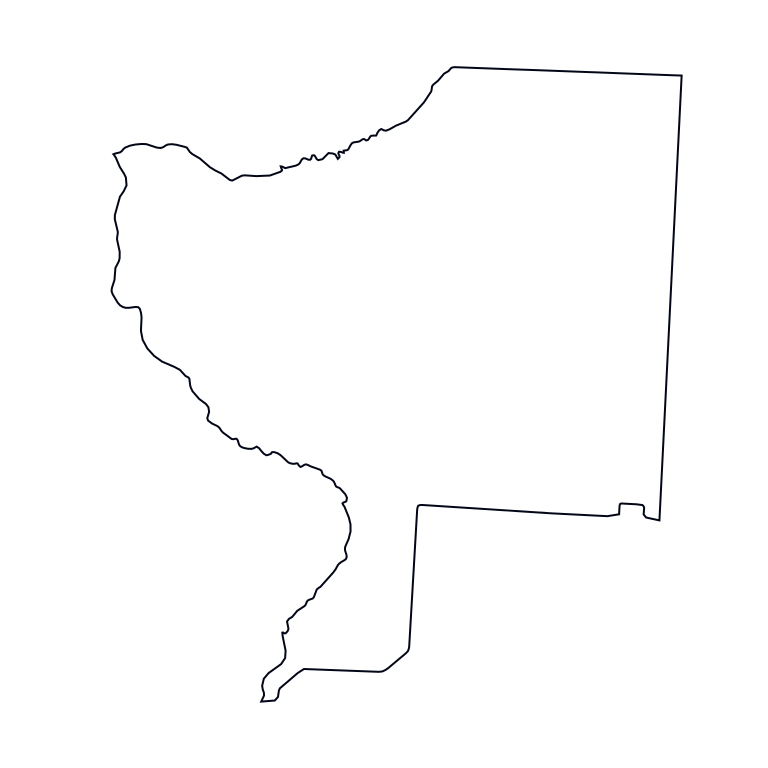 outline of Kgalagadi, rotated 93°
{"feature_id": "BWA-2625", "entity_name": "Kgalagadi", "entity_type": "District", "adm_level": 1, "iso_a3": "BWA", "parent_name": "Botswana", "parent_adm1": "", "projection": "orthographic", "projection_center": [21.995, -25.1], "detail": "fine", "context": "isolated", "style": "outline", "palette": "ink", "viewbox_px": 768, "rotation_deg": 93, "n_neighbors": 0, "source": "natural_earth", "source_scale": "10m", "svg_char_len": 3971}
<svg xmlns="http://www.w3.org/2000/svg" viewBox="0 0 768 768"><g transform="rotate(93 384 384)"><path d="M153.1,436.5L152.5,433.4L151.7,432.0L147.6,430.1L145.2,428.6L144.3,426.9L143.3,422.0L142.7,420.7L141.1,418.7L140.5,417.6L140.5,416.4L141.1,415.5L141.7,414.6L141.3,413.1L140.4,412.2L137.8,410.8L136.9,409.9L136.6,408.9L136.3,404.8L133.5,403.7L130.9,402.1L129.5,400.0L130.7,397.4L130.9,395.1L129.3,391.7L125.4,385.6L120.8,375.9L119.3,373.9L100.6,358.8L89.6,352.3L88.2,351.9L85.2,351.7L83.8,351.4L82.3,350.3L78.4,346.0L70.9,340.2L68.1,335.9L65.6,334.0L64.6,333.0L63.9,330.4L63.5,303.3L63.1,276.2L62.6,249.1L62.2,222.0L61.8,194.9L61.7,190.5L61.4,167.8L61.0,140.7L60.6,113.6L60.4,102.9L63.2,102.9L505.8,101.8L503.6,115.3L500.6,117.9L494.1,117.7L492.6,118.3L491.4,119.5L490.9,125.5L490.9,140.6L491.3,141.8L492.3,142.2L493.7,142.4L501.8,142.4L504.3,154.0L504.4,210.1L502.8,340.0L503.1,342.0L503.8,343.5L505.8,344.1L507.9,344.3L645.0,345.1L647.2,345.4L649.4,346.1L651.6,347.9L667.9,365.4L669.7,367.9L671.1,370.5L671.7,374.0L672.8,449.0L677.3,455.2L693.4,472.1L695.6,472.9L702.1,473.5L705.8,476.5L707.6,490.0L701.4,487.5L698.5,487.8L695.7,489.0L691.8,489.9L684.6,488.6L678.7,484.1L669.1,472.1L662.9,468.4L655.5,468.3L640.7,472.1L637.6,472.5L637.4,471.8L638.2,470.5L638.1,469.2L636.6,467.9L635.2,467.0L633.5,466.6L626.2,468.4L623.5,466.6L621.4,463.5L615.0,458.7L609.7,451.5L608.5,450.7L605.6,449.7L604.3,448.9L603.4,447.5L602.0,444.1L600.6,442.9L592.7,440.4L591.0,438.5L589.9,436.9L575.0,424.9L571.5,422.6L567.3,420.6L565.9,419.5L564.1,417.5L561.9,414.1L560.7,412.8L558.6,412.2L556.8,412.5L552.1,414.2L549.6,414.4L547.4,413.8L540.9,411.3L533.1,409.7L526.0,410.1L519.2,412.1L508.5,417.1L507.1,418.3L505.4,419.2L504.5,418.4L503.9,416.8L503.0,415.5L499.6,415.0L496.2,416.8L490.6,422.4L489.8,423.8L489.5,425.2L488.9,426.4L487.3,427.4L485.3,428.3L483.8,429.2L482.6,430.6L481.4,432.5L479.0,438.6L477.5,440.5L473.9,441.9L472.9,443.5L470.0,453.2L468.9,455.6L468.5,456.9L468.4,458.2L469.2,459.8L470.5,461.5L471.2,463.1L469.9,464.7L467.9,466.1L467.8,467.4L468.3,468.8L468.5,470.5L468.2,472.7L467.8,474.4L467.0,475.9L460.6,483.4L458.7,486.6L457.8,490.0L457.9,492.2L458.4,492.7L459.3,493.0L460.3,494.6L461.1,496.8L461.3,497.8L459.8,500.5L457.6,502.8L454.7,505.3L453.2,507.9L455.0,510.8L455.7,512.8L455.8,516.3L455.3,520.0L454.6,522.6L453.4,524.6L452.0,525.6L447.9,527.1L446.4,528.4L446.5,529.8L447.0,531.4L446.9,533.2L440.9,542.3L440.6,542.6L439.2,544.0L436.4,546.0L434.8,548.1L432.5,553.6L429.8,557.7L427.4,558.7L421.0,557.2L416.5,558.1L413.4,560.6L408.6,567.8L401.2,574.9L397.8,576.7L395.5,577.5L389.1,578.6L387.8,579.5L386.3,582.7L380.6,588.5L377.9,594.2L373.3,606.7L368.0,615.0L360.9,622.2L352.6,627.3L343.7,629.5L330.0,629.6L325.6,630.4L321.8,631.7L320.2,633.4L320.0,635.8L321.3,642.9L321.4,646.0L320.8,648.8L319.3,651.6L316.7,654.2L308.7,659.6L305.6,660.9L302.6,660.8L294.2,658.6L282.2,658.3L275.3,655.2L272.1,654.6L265.6,654.9L253.9,658.1L251.9,658.2L247.9,657.8L245.9,657.8L233.7,661.4L229.4,661.6L210.8,657.5L205.1,654.0L199.1,651.5L191.2,652.6L187.6,654.6L181.1,659.2L172.1,663.6L169.1,665.8L168.7,666.2L168.0,664.7L166.5,659.7L165.1,658.0L163.0,656.5L162.2,655.7L161.3,654.5L159.3,650.2L157.8,644.5L157.0,638.7L156.9,634.0L159.8,623.2L160.0,619.6L159.3,617.3L157.0,614.1L156.1,612.2L155.6,608.1L156.0,603.6L157.7,595.1L158.3,593.2L162.5,590.0L164.4,587.5L168.5,579.6L176.6,569.2L179.7,563.5L182.3,557.4L188.3,548.7L188.8,546.2L183.4,536.8L182.9,533.9L183.1,522.5L181.8,508.9L177.9,499.5L177.8,499.0L176.2,497.1L175.4,497.1L174.0,497.8L172.1,498.5L172.2,497.0L173.6,494.0L170.6,483.6L169.1,480.8L167.7,479.6L164.0,477.8L162.8,476.2L162.8,474.5L164.0,471.1L163.9,469.4L162.8,468.5L161.1,468.2L159.6,467.7L159.2,466.0L159.9,464.9L163.0,462.9L163.9,461.3L162.7,457.2L156.3,451.5L156.5,447.1L157.4,444.6L161.6,441.9L159.7,440.3L158.4,440.4L157.2,441.2L155.9,441.7L154.5,441.1L154.4,439.5L155.1,437.5L155.2,436.2L153.1,436.5Z" fill="none" stroke="#020617" stroke-width="2"/></g></svg>